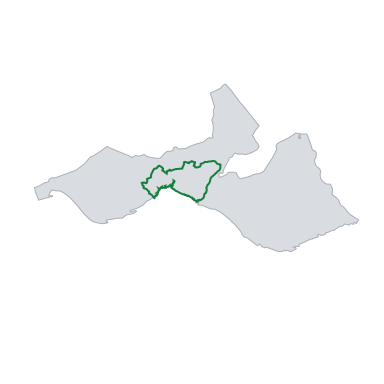 Sofala highlighted on a map of Mozambique, rotated 70°
{"feature_id": "MOZ-1905", "entity_name": "Sofala", "entity_type": "Province", "adm_level": 1, "iso_a3": "MOZ", "parent_name": "Mozambique", "parent_adm1": "", "projection": "mercator", "projection_center": [34.584, -19.076], "detail": "fine", "context": "in_parent", "style": "outline", "palette": "green", "viewbox_px": 384, "rotation_deg": 70, "n_neighbors": 0, "source": "natural_earth", "source_scale": "10m", "svg_char_len": 9312}
<svg xmlns="http://www.w3.org/2000/svg" viewBox="0 0 384 384"><g transform="rotate(70 192 192)"><path d="M120.1,256.0L122.5,254.1L138.5,236.6L139.4,235.9L138.2,233.0L140.2,229.6L140.5,224.3L141.1,223.5L143.6,221.7L146.9,216.3L149.0,212.1L149.2,210.1L146.2,204.5L145.3,201.4L146.2,198.8L146.6,196.3L146.2,195.5L144.3,194.5L144.0,193.4L144.0,192.1L144.4,191.4L146.6,190.2L147.1,189.6L149.0,183.0L148.3,178.1L148.3,172.4L148.8,166.6L148.6,163.3L147.1,159.5L147.0,156.8L148.0,154.9L148.2,153.8L144.7,153.2L142.9,151.6L136.3,149.1L131.2,148.8L126.9,145.0L123.5,144.4L119.2,141.6L105.7,141.1L105.2,140.8L104.7,132.5L104.3,129.8L102.6,126.8L102.1,124.8L102.2,123.5L109.7,120.5L124.3,116.2L127.6,114.8L152.5,106.4L153.2,106.9L155.7,111.2L159.9,116.1L160.9,115.4L166.9,114.6L167.7,114.0L169.6,113.6L171.7,113.3L172.4,113.6L174.6,116.6L175.4,122.3L175.4,126.1L175.2,128.8L173.4,132.0L172.1,136.0L170.2,138.2L170.2,139.2L172.4,141.6L172.8,142.6L172.7,144.7L173.1,145.6L175.0,146.8L176.4,148.8L181.8,154.6L183.2,155.7L184.3,155.9L184.8,157.1L184.5,158.4L183.7,159.2L184.0,160.2L185.1,161.1L187.6,161.0L187.9,160.6L187.7,155.5L186.8,152.5L185.8,151.1L187.9,145.6L189.0,144.0L193.1,143.4L194.9,142.9L195.7,142.2L196.3,140.5L196.8,135.6L197.0,131.0L196.6,128.3L197.2,124.2L198.1,121.7L197.6,121.3L197.3,117.9L187.1,104.4L181.4,98.3L180.4,97.7L177.2,97.2L175.6,95.0L174.2,83.0L172.1,74.3L175.4,68.5L176.5,64.8L177.2,64.3L180.0,64.1L190.0,64.2L192.5,64.5L193.6,64.2L196.2,62.0L198.4,62.0L201.3,63.4L202.8,64.7L203.1,65.7L205.0,66.3L208.7,66.5L211.3,65.9L212.9,64.7L214.6,64.0L216.4,63.9L217.8,64.4L218.7,65.3L220.5,66.0L223.1,66.4L226.0,65.8L229.1,64.2L230.8,62.5L231.8,59.6L232.4,59.2L236.7,58.9L239.1,59.5L242.1,61.3L247.2,58.1L250.4,57.0L253.5,57.0L256.1,56.2L258.1,54.7L260.2,53.8L264.5,52.6L267.4,51.0L275.4,44.9L276.3,46.7L277.9,48.3L275.8,50.1L277.7,51.2L276.3,52.9L276.1,54.1L276.8,55.3L275.9,57.2L274.7,58.7L274.4,59.9L275.5,61.9L274.9,65.5L276.6,71.5L276.1,73.5L276.4,78.2L275.8,79.9L276.9,80.5L277.4,82.4L276.9,85.7L275.2,87.1L275.0,88.5L277.2,88.5L277.2,92.6L276.9,93.9L277.4,95.2L276.8,96.8L277.6,103.5L277.7,108.3L277.8,109.1L279.7,109.9L279.6,111.2L278.4,113.0L278.5,115.6L279.9,113.5L280.7,113.5L281.4,114.3L281.5,117.2L281.9,118.7L281.7,120.0L279.4,122.4L279.3,124.8L278.4,125.1L278.0,125.7L278.6,127.0L278.6,128.2L277.0,131.9L269.4,140.8L269.3,142.4L267.3,145.2L265.2,145.6L264.0,146.4L264.9,148.9L254.8,155.2L253.7,156.1L252.1,158.4L248.7,159.6L245.1,159.7L244.4,160.2L236.2,163.2L234.5,164.5L231.0,165.8L225.5,169.0L220.9,172.0L215.8,176.5L215.1,178.9L212.7,182.1L209.0,185.8L206.9,189.0L206.7,190.3L205.4,190.8L204.3,189.4L203.9,192.0L203.0,192.2L202.0,191.6L197.4,194.3L194.0,197.4L189.1,203.3L182.1,209.0L180.4,209.2L178.2,207.2L177.0,207.0L178.8,209.2L178.7,214.0L177.8,219.7L178.0,220.9L182.6,227.0L184.9,234.0L185.1,237.7L187.5,242.3L188.5,249.4L188.3,255.9L189.4,257.0L189.9,256.0L190.0,251.9L190.7,250.8L191.3,250.9L191.9,253.2L192.1,255.6L191.2,260.7L191.5,262.8L192.7,266.3L191.3,270.4L189.2,281.7L189.7,282.4L190.8,282.7L191.2,281.5L191.8,281.5L192.1,282.2L191.2,286.7L190.4,288.6L187.3,293.4L185.6,295.5L182.8,297.5L176.3,300.7L163.2,305.3L155.0,308.9L148.4,313.2L145.6,316.1L144.4,319.4L142.2,322.9L144.1,325.8L146.5,327.9L147.7,324.4L148.3,324.4L147.2,338.9L138.2,339.1L135.5,338.6L134.1,338.7L134.0,332.6L132.9,328.1L133.3,324.9L133.2,323.2L131.3,322.0L130.8,318.6L131.9,315.9L131.9,294.0L128.8,283.5L124.5,275.9L124.2,272.1L122.3,263.8L120.1,256.0ZM177.6,73.5L178.6,72.9L178.8,71.9L178.1,71.5L177.5,71.6L177.2,73.2L177.6,73.5ZM176.9,71.6L176.0,70.9L175.4,71.1L175.2,71.7L175.8,72.5L176.5,72.6L176.9,71.6Z" fill="#d9dde1" stroke="#a8b0b8" stroke-width="1"/><path d="M202.1,191.0L202.1,190.9L201.8,190.9L201.7,191.0L201.2,191.6L200.4,192.8L200.0,193.0L199.5,193.1L199.6,192.7L199.3,192.5L199.1,192.7L198.9,193.6L198.7,193.8L198.3,193.9L198.1,193.8L198.0,193.5L197.7,193.5L197.4,193.6L197.3,193.9L197.3,194.1L197.6,194.0L195.2,195.9L194.8,196.5L194.6,196.7L194.4,196.6L194.2,196.8L193.8,197.5L193.9,197.4L194.3,197.4L194.3,197.5L193.8,197.8L193.3,198.1L192.5,199.0L192.9,199.0L192.7,199.2L192.0,200.1L191.8,200.2L191.5,200.3L191.3,200.8L190.4,201.9L188.7,203.8L186.7,205.4L185.1,207.1L184.5,207.4L184.1,207.5L183.2,208.4L182.6,208.8L182.5,208.6L182.3,208.8L181.8,209.3L180.9,209.9L180.4,209.7L180.2,209.6L180.1,209.3L180.0,208.6L179.0,207.7L178.2,207.4L177.3,206.3L177.2,206.1L176.9,206.0L176.6,205.1L175.9,204.8L175.6,204.8L175.4,204.9L175.2,205.4L175.0,205.5L175.3,205.6L175.6,205.3L175.9,205.3L176.2,205.3L176.4,205.4L176.6,205.6L176.7,206.2L176.8,206.5L177.7,207.8L178.0,207.9L178.5,208.0L178.7,208.5L179.1,208.9L179.2,209.1L179.1,209.6L178.8,210.1L178.5,210.4L178.0,210.3L178.1,210.6L178.6,210.4L178.9,210.5L179.0,210.7L178.8,211.2L178.8,211.5L179.0,212.3L178.9,212.5L178.7,212.9L178.8,213.3L178.8,213.9L179.0,214.3L179.2,214.8L179.2,215.0L179.0,215.3L178.8,215.7L178.5,215.6L178.0,215.2L177.4,215.4L177.1,215.1L177.1,215.5L177.4,215.8L178.6,216.5L178.5,216.8L178.2,217.2L178.0,218.0L177.6,218.4L177.5,218.7L177.9,218.9L177.8,219.1L177.6,219.3L177.4,219.4L177.1,219.4L176.9,219.2L177.0,219.7L177.3,220.1L177.5,220.3L177.9,220.4L178.0,220.4L178.1,220.8L178.2,221.1L178.1,221.4L177.4,222.0L177.9,221.9L178.3,221.8L178.5,221.9L178.6,222.3L178.7,222.5L179.0,222.3L179.1,222.7L179.3,222.9L179.6,223.0L179.9,223.2L180.1,223.5L180.3,224.0L180.3,224.4L180.4,224.5L180.9,224.2L181.1,224.3L181.1,224.6L180.7,224.9L180.8,225.3L180.9,225.1L181.0,225.0L181.4,224.9L182.2,225.0L182.3,225.1L182.8,225.6L182.9,225.8L182.9,226.5L183.1,226.4L183.3,226.5L183.4,226.8L183.1,227.1L183.0,227.3L183.1,227.6L183.6,228.1L183.8,228.4L183.6,228.8L183.6,229.1L183.6,229.4L184.1,229.0L184.3,228.9L184.8,229.2L184.9,229.5L184.5,229.7L184.1,229.9L183.9,230.0L182.6,230.2L180.8,230.9L180.6,231.0L180.5,231.3L179.5,231.9L179.3,232.4L178.9,232.8L178.4,232.9L178.2,232.8L177.5,232.2L177.3,232.2L176.6,232.3L175.8,233.0L173.9,233.6L173.4,234.0L172.6,235.2L172.2,235.8L171.6,236.1L171.3,236.1L171.1,236.0L170.6,235.5L170.1,235.4L169.8,235.5L169.3,236.1L168.9,236.3L168.7,236.2L168.4,236.1L168.2,236.0L166.3,236.1L166.4,234.6L166.5,234.4L166.9,234.1L166.9,233.8L166.9,233.5L166.9,233.3L167.1,233.0L167.7,232.7L168.0,232.4L168.1,232.0L168.1,231.7L167.9,231.4L166.2,230.1L164.7,229.9L164.4,229.9L164.3,229.6L164.2,225.9L164.1,225.5L163.9,225.3L161.9,224.6L161.6,224.4L157.4,220.0L157.3,219.7L157.3,218.8L157.4,218.6L157.7,217.7L157.7,217.4L157.6,217.2L157.3,216.8L157.2,216.0L157.0,215.8L156.5,215.7L156.4,215.5L156.0,214.0L156.1,213.8L157.6,212.5L157.9,212.2L158.5,211.9L158.9,211.6L159.1,211.5L159.6,211.5L160.1,211.2L160.3,211.2L160.5,211.4L160.6,211.8L160.9,211.9L161.4,212.4L161.8,212.5L162.3,211.7L162.6,211.5L163.1,211.4L163.5,211.1L164.2,210.8L164.4,210.7L164.5,210.3L164.7,210.1L165.1,209.9L165.3,209.7L165.7,209.7L166.1,209.5L165.8,209.3L165.4,209.0L164.9,208.9L164.7,208.8L164.6,208.5L164.5,208.4L163.9,208.4L163.9,207.9L164.0,207.0L164.0,206.4L163.5,205.7L163.4,205.3L163.5,205.1L164.0,204.9L164.4,204.9L164.6,204.9L164.8,204.5L164.8,200.0L166.5,193.6L166.6,193.1L166.2,193.0L166.1,192.8L165.9,192.5L165.7,192.4L165.3,192.3L165.1,192.2L164.8,191.4L164.6,191.2L163.9,190.9L163.5,190.2L163.3,190.1L162.7,189.9L162.2,189.5L161.9,189.4L161.4,189.4L161.2,189.0L161.4,188.1L161.5,187.9L161.7,187.6L162.2,187.1L162.6,186.6L162.8,186.4L163.1,186.0L163.5,185.8L163.8,185.3L163.8,185.0L163.6,184.7L163.5,184.3L163.3,184.2L163.2,184.2L163.4,183.4L163.4,183.0L163.3,182.7L162.9,182.0L162.9,181.8L162.9,181.7L163.4,181.2L163.6,180.8L163.9,180.6L164.3,180.4L164.7,180.0L164.8,179.8L164.9,179.3L165.0,179.0L165.8,179.2L166.0,179.3L166.3,179.6L166.5,179.9L166.6,180.4L166.8,180.7L167.6,181.2L168.0,181.4L168.7,180.6L168.9,180.4L169.2,180.4L169.9,180.5L170.1,180.2L170.4,179.6L170.8,178.1L170.8,177.4L170.8,176.9L170.7,176.6L170.8,175.8L170.8,175.6L170.7,175.5L170.5,175.3L170.1,174.9L168.7,174.3L168.5,174.2L168.5,173.8L168.7,172.0L168.7,171.8L168.2,169.9L168.2,169.6L168.2,169.4L168.9,167.8L169.0,167.5L169.0,166.6L169.1,165.7L169.3,165.0L169.8,163.9L169.8,163.6L169.8,162.6L169.8,162.3L170.8,160.1L171.2,159.8L171.7,159.5L172.7,159.2L174.1,158.6L174.6,158.1L174.8,157.8L175.1,157.0L176.1,155.9L177.4,156.6L178.7,156.9L179.1,157.1L180.6,158.4L180.7,158.6L181.0,159.1L181.4,160.9L182.1,162.0L182.4,162.8L182.6,163.5L182.6,163.8L183.1,164.4L183.2,164.8L183.3,165.0L183.8,166.2L184.0,167.0L184.4,167.6L184.6,168.2L184.7,168.8L185.0,169.2L185.2,169.5L185.8,169.9L186.2,170.3L186.4,170.4L186.5,170.5L187.8,171.3L188.8,172.0L189.3,172.7L189.6,172.8L189.7,173.0L189.9,173.3L190.0,173.4L190.2,173.7L190.3,174.3L190.4,174.6L190.5,174.8L191.2,175.2L191.4,175.4L191.5,175.6L191.7,176.0L191.9,176.2L192.5,176.6L193.0,177.1L193.4,177.2L194.0,177.1L194.3,177.1L194.7,177.4L195.2,177.5L195.6,177.7L196.2,178.2L197.0,178.6L197.4,178.9L197.2,179.3L197.7,179.9L198.0,180.4L198.1,180.5L198.1,180.9L198.4,181.3L199.4,181.8L200.2,182.1L200.3,182.2L200.8,182.7L201.1,182.9L201.4,183.2L201.5,183.5L201.7,183.9L201.8,184.3L201.9,184.6L202.0,184.7L202.0,184.8L202.2,185.5L202.4,185.9L202.4,186.7L202.5,187.2L202.5,187.3L202.2,187.3L201.9,187.6L201.8,188.1L201.9,188.7L202.0,189.0L201.7,189.2L201.8,189.4L202.1,189.4L202.5,189.3L202.8,189.7L203.1,190.1L202.8,190.6L202.6,190.8L202.4,191.0L202.1,191.0Z" fill="none" stroke="#15803d" stroke-width="2"/></g></svg>